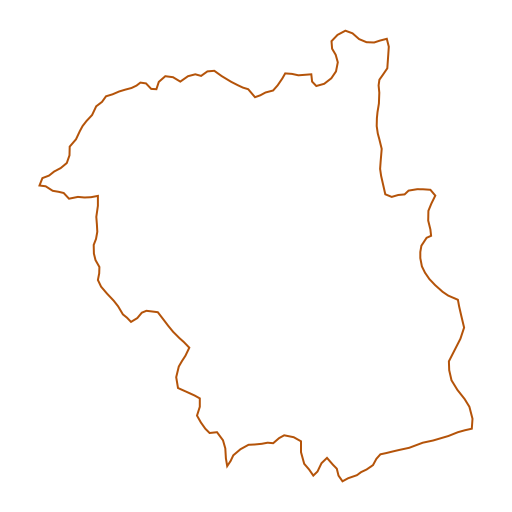 Biguaçu, Santa Catarina, Brazil
{"feature_id": "56859067B16833373833588", "entity_name": "Biguaçu", "entity_type": "district", "adm_level": 2, "iso_a3": "BRA", "parent_name": "Brazil", "parent_adm1": "Santa Catarina", "projection": "natural_earth1", "projection_center": [-48.699, -27.432], "detail": "fine", "context": "isolated", "style": "outline", "palette": "amber", "viewbox_px": 512, "rotation_deg": 0, "n_neighbors": 0, "source": "geoboundaries", "source_scale": "gbopen_adm2", "svg_char_len": 2626}
<svg xmlns="http://www.w3.org/2000/svg" viewBox="0 0 512 512"><path d="M227.2,466.1L230.6,461.0L233.3,455.3L240.5,449.2L248.5,444.8L254.6,444.5L261.8,443.8L267.6,442.7L273.2,443.2L279.1,438.1L284.2,435.3L293.7,437.2L301.0,441.3L301.0,452.2L304.2,463.8L309.1,469.5L313.3,475.6L317.5,471.5L321.5,463.2L327.0,457.9L332.8,464.6L336.8,468.7L338.5,475.6L342.5,481.3L348.2,478.2L356.9,475.2L361.1,472.1L366.6,469.5L373.0,465.1L376.4,458.8L380.4,454.3L386.1,453.1L392.6,451.5L399.0,450.0L409.2,447.8L422.8,442.7L433.1,440.5L448.4,436.0L457.9,432.2L465.1,430.2L471.8,428.7L472.5,418.8L469.4,406.8L464.6,399.0L457.4,389.9L451.5,380.3L449.2,370.2L448.9,361.3L460.4,338.8L464.1,327.6L461.3,315.9L459.1,306.3L457.9,299.8L448.2,295.6L442.6,291.8L435.1,285.1L429.4,279.1L425.0,272.7L421.9,266.4L420.3,258.1L420.3,252.0L421.4,245.7L426.6,237.8L431.1,235.8L430.4,229.5L428.2,220.6L428.4,210.8L431.4,203.5L435.3,195.6L430.4,189.8L423.5,189.3L417.2,189.2L408.6,190.6L404.6,194.4L398.2,195.0L391.7,196.9L385.3,194.3L381.1,175.8L380.1,168.9L380.6,161.9L381.7,148.9L379.3,139.1L377.8,133.6L376.7,126.1L376.9,118.1L377.5,112.1L378.9,103.6L379.3,92.7L378.6,85.4L379.4,79.7L382.8,74.9L387.3,68.3L388.3,54.2L388.8,46.7L386.8,38.8L379.9,40.6L374.1,42.5L366.5,42.2L359.1,39.1L352.5,33.3L345.4,30.7L337.5,34.9L331.5,41.2L332.1,48.7L335.7,54.8L337.8,62.3L336.0,71.4L331.3,78.3L324.2,83.8L316.3,86.0L312.1,81.6L311.3,74.3L303.7,74.9L298.4,75.3L292.0,73.9L285.2,73.4L282.3,78.5L277.6,85.4L273.1,90.5L265.5,92.5L260.3,95.3L255.0,97.2L248.2,89.2L242.9,87.6L238.2,85.4L231.3,81.9L221.7,76.1L214.3,70.8L207.4,71.4L201.1,75.9L195.3,74.3L188.0,76.2L180.3,81.6L173.0,77.2L165.3,76.2L158.8,81.9L156.4,89.2L151.2,88.9L146.0,83.4L140.4,82.6L136.5,85.6L131.5,88.0L125.4,89.6L119.1,91.5L112.6,94.3L106.0,96.3L102.0,101.9L96.2,106.3L92.1,115.0L86.5,121.0L82.6,126.0L79.9,131.0L76.0,139.3L69.7,146.6L69.5,155.3L66.8,163.0L60.8,168.0L54.2,171.5L49.0,175.6L42.4,178.1L39.5,185.5L45.7,186.3L52.7,190.8L58.6,191.8L63.7,193.0L69.0,198.7L77.9,196.9L84.5,197.5L91.0,197.2L97.9,195.9L97.9,205.8L96.3,216.9L96.9,224.5L97.3,231.8L96.0,239.0L93.7,244.9L93.9,253.6L95.5,260.1L99.4,267.0L99.2,273.4L97.9,280.0L101.1,286.7L107.0,293.6L113.7,300.7L118.1,306.3L122.9,314.4L127.0,317.7L131.0,321.9L137.3,318.1L141.8,312.7L146.4,310.8L151.4,311.4L157.8,312.2L163.8,320.0L168.2,325.8L173.1,331.8L179.4,338.1L183.8,342.0L189.3,347.7L185.4,355.8L182.0,361.0L178.8,366.5L176.2,377.2L178.0,388.0L194.6,395.5L199.8,398.4L199.8,406.8L197.0,415.6L200.9,422.5L205.3,428.7L209.6,433.0L217.0,432.2L223.0,440.3L225.3,448.4L225.9,458.4L227.2,466.1Z" fill="none" stroke="#b45309" stroke-width="2"/></svg>